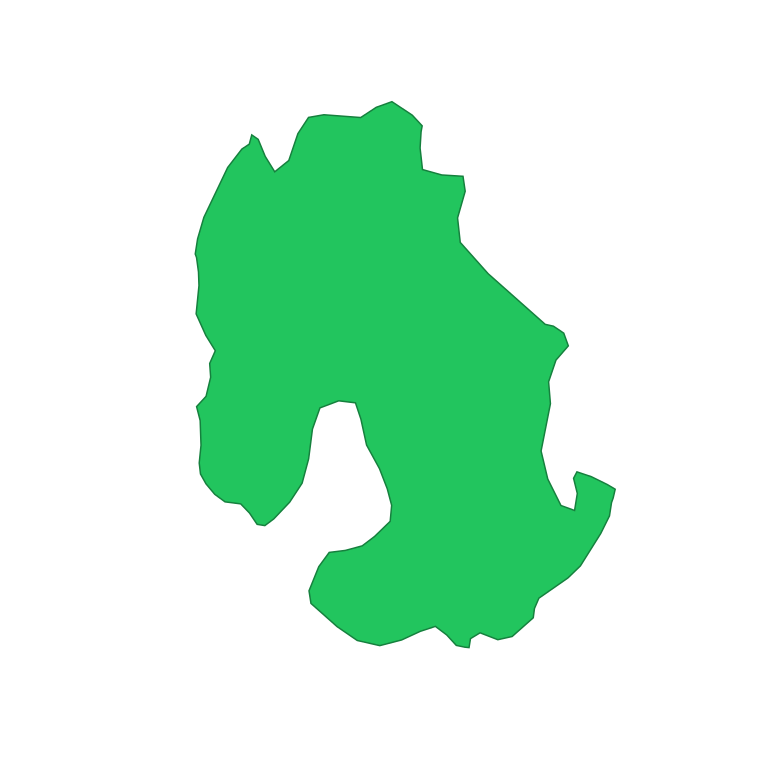 SVG path tracing the border of Boulkiemdé, rotated 138°
{"feature_id": "BFA-2812", "entity_name": "Boulkiemdé", "entity_type": "Province", "adm_level": 1, "iso_a3": "BFA", "parent_name": "Burkina Faso", "parent_adm1": "", "projection": "natural_earth1", "projection_center": [-2.108, 12.305], "detail": "fine", "context": "isolated", "style": "filled", "palette": "green", "viewbox_px": 768, "rotation_deg": 138, "n_neighbors": 0, "source": "natural_earth", "source_scale": "10m", "svg_char_len": 1503}
<svg xmlns="http://www.w3.org/2000/svg" viewBox="0 0 768 768"><g transform="rotate(138 384 384)"><path d="M299.4,189.6L291.9,176.3L285.3,159.8L282.6,151.1L289.9,146.0L294.3,143.6L304.7,135.1L322.9,127.9L359.8,117.4L377.0,116.8L412.2,121.2L422.4,116.5L429.5,110.4L457.7,110.6L470.5,117.8L479.1,134.8L490.1,136.9L497.2,131.2L500.0,134.3L505.2,141.4L505.3,155.5L508.0,169.5L522.5,175.9L542.2,182.0L562.2,192.4L575.5,211.3L581.2,235.0L585.1,269.8L578.1,280.5L554.7,291.9L537.4,295.5L524.1,286.2L508.5,278.3L492.9,277.0L471.3,277.8L459.5,288.7L451.7,303.9L444.0,324.1L437.8,350.3L424.7,373.3L417.8,389.1L428.9,401.8L447.6,409.1L467.3,398.4L490.1,378.8L511.2,365.1L533.2,359.3L556.2,357.5L567.3,358.5L572.2,364.6L570.3,378.1L570.7,390.8L581.0,402.8L583.6,415.2L583.1,428.9L580.6,439.9L574.2,448.9L561.0,460.9L545.1,479.8L538.4,492.6L524.5,493.9L508.3,505.0L499.8,515.9L487.1,521.6L483.9,539.3L476.7,561.8L455.6,581.0L446.9,591.4L438.7,603.4L437.3,606.9L425.4,616.6L406.3,628.4L355.3,649.5L332.4,653.7L323.6,652.4L315.6,657.6L313.8,650.0L320.0,632.6L323.2,614.8L305.2,613.8L280.4,627.7L261.7,632.6L248.5,624.3L223.0,597.6L204.6,594.8L189.2,588.5L183.1,564.8L182.9,550.3L187.7,546.6L199.3,535.2L211.9,517.6L201.2,500.7L186.3,485.5L194.7,472.9L218.2,458.2L232.6,438.2L232.8,396.2L224.3,320.5L219.4,313.6L216.4,301.5L221.5,289.0L240.2,286.7L260.2,275.5L273.5,258.0L312.1,229.1L325.9,203.8L333.8,175.3L327.0,162.5L313.6,173.3L306.2,187.1L299.4,189.6Z" fill="#22c55e" stroke="#15803d" stroke-width="1.5"/></g></svg>